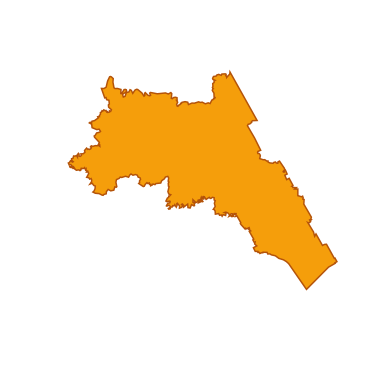 the district of Stratford District, Manawatu-Wanganui, New Zealand, rotated 241°
{"feature_id": "76426892B63659956028788", "entity_name": "Stratford District", "entity_type": "district", "adm_level": 2, "iso_a3": "NZL", "parent_name": "New Zealand", "parent_adm1": "Manawatu-Wanganui", "projection": "albers", "projection_center": [174.669, -39.151], "detail": "fine", "context": "isolated", "style": "filled", "palette": "amber", "viewbox_px": 384, "rotation_deg": 241, "n_neighbors": 0, "source": "geoboundaries", "source_scale": "gbopen_adm2", "svg_char_len": 6140}
<svg xmlns="http://www.w3.org/2000/svg" viewBox="0 0 384 384"><g transform="rotate(241 192 192)"><path d="M51.3,244.9L60.1,275.0L60.2,282.7L60.8,282.7L60.8,285.0L64.9,285.0L64.9,284.3L81.1,284.3L81.9,282.5L82.0,280.2L95.2,280.1L93.8,277.8L98.2,278.9L109.1,278.5L108.3,279.1L108.5,281.2L109.3,281.9L109.6,281.3L110.6,281.4L110.2,283.0L110.7,282.8L112.1,284.2L127.2,283.9L131.1,286.4L132.1,285.5L133.0,286.4L134.7,286.7L134.7,285.5L137.5,282.8L143.3,286.0L144.8,283.3L145.3,285.3L147.0,282.4L148.1,282.7L148.6,282.2L148.8,283.5L156.9,283.6L156.9,280.8L161.7,281.3L161.6,283.9L165.8,284.3L165.6,282.9L164.7,282.2L165.2,281.6L165.8,281.7L166.4,283.8L167.9,284.3L176.6,283.5L176.7,281.9L175.6,281.0L176.3,279.9L177.8,279.5L178.2,277.9L177.8,276.8L179.7,274.2L181.2,273.1L182.3,273.5L182.8,272.4L185.0,271.3L185.7,269.9L188.4,267.4L190.5,269.3L191.9,269.6L193.2,269.3L193.8,268.3L194.9,268.6L195.5,269.3L195.2,272.3L208.9,272.9L223.1,272.6L224.0,274.0L223.5,275.6L224.0,278.0L224.7,278.2L225.0,279.5L223.0,283.6L278.5,283.4L276.9,282.3L275.4,277.9L276.6,278.5L277.4,277.8L278.4,278.9L279.2,278.4L280.7,275.3L279.9,274.1L281.9,272.4L282.3,270.5L281.7,269.2L282.6,266.8L281.4,265.1L280.3,264.9L278.5,266.3L278.5,265.2L277.1,264.5L276.8,262.7L274.2,261.5L273.5,260.5L272.1,260.7L272.2,260.2L271.0,259.0L267.8,259.1L264.6,257.5L263.4,258.0L262.8,257.0L263.4,256.5L262.6,255.1L262.8,254.0L260.6,250.7L262.1,249.4L262.7,246.4L265.7,244.4L266.0,243.1L267.7,241.4L268.5,237.2L269.8,235.1L270.2,231.3L272.6,231.8L274.4,229.7L275.3,226.6L274.6,225.7L275.1,225.1L274.3,224.1L274.4,222.6L273.8,221.2L274.3,220.7L276.2,221.1L277.5,223.0L279.6,222.9L279.3,223.4L281.8,224.6L283.0,223.3L283.6,221.4L283.1,220.2L283.9,219.3L287.9,222.0L289.2,221.7L289.2,218.8L291.5,216.8L294.7,209.3L299.2,203.9L299.0,202.9L296.7,202.7L296.6,201.7L297.9,200.4L301.6,199.3L301.3,198.4L299.3,197.5L299.1,196.5L302.9,196.2L308.0,194.2L308.7,193.3L308.8,191.6L307.0,188.0L310.3,188.2L311.5,187.4L310.1,185.3L310.8,182.8L308.1,179.8L308.4,178.0L311.1,178.6L311.5,182.9L312.1,183.8L313.3,184.1L314.1,183.4L314.5,182.2L312.2,178.3L312.7,177.5L316.1,179.6L318.7,177.0L319.8,174.8L321.0,174.3L326.4,176.1L329.4,178.1L331.8,177.3L332.6,176.6L332.7,175.8L330.0,172.0L325.3,167.7L325.2,165.2L326.5,163.0L316.6,161.3L316.3,162.6L314.1,162.1L312.5,163.8L309.1,162.4L308.7,161.1L306.6,160.2L303.0,161.4L302.0,160.0L303.0,159.2L301.9,158.6L302.5,156.7L303.0,156.3L303.9,157.3L303.6,156.3L305.0,156.3L305.0,155.6L306.6,154.7L306.0,153.2L306.7,152.7L305.8,151.5L305.9,150.4L304.4,149.6L303.6,147.8L302.8,147.6L303.5,146.0L302.2,145.9L301.7,141.3L302.4,138.8L300.7,137.2L302.4,136.7L302.2,135.7L299.9,137.1L296.7,135.8L292.7,139.0L292.0,141.2L289.4,141.4L289.1,140.2L289.9,137.2L288.4,134.6L288.4,133.6L287.2,133.3L280.3,135.0L279.0,133.3L278.3,134.2L276.6,133.5L278.6,132.5L278.4,131.4L279.4,130.0L280.0,127.4L281.2,126.3L280.7,125.1L279.6,125.5L278.9,124.5L278.9,123.0L279.7,122.4L279.8,121.5L281.5,121.1L280.4,118.1L278.6,117.6L278.2,115.4L279.2,113.3L277.6,113.0L277.3,111.6L278.0,110.6L280.0,111.6L280.9,111.4L280.1,109.7L278.1,108.7L279.9,108.6L280.1,107.1L280.9,105.9L279.2,104.3L279.5,102.8L278.0,102.1L276.1,102.8L276.1,101.9L278.2,100.9L277.2,98.9L277.3,97.9L275.1,97.7L274.8,99.3L273.2,99.7L272.8,98.3L273.4,97.4L273.0,97.3L271.9,98.1L271.7,100.6L270.4,100.7L271.3,99.7L270.4,99.3L269.9,100.2L267.1,101.4L266.2,103.8L265.1,104.3L264.9,105.1L265.9,105.8L265.7,106.6L266.3,106.8L265.1,108.6L265.4,109.9L263.1,109.6L263.5,110.5L262.0,109.8L261.0,110.7L260.5,109.6L260.0,110.8L258.2,110.6L255.9,107.0L254.6,108.6L252.8,108.8L252.7,110.3L251.1,110.1L249.6,109.0L248.4,106.6L248.1,108.9L245.3,109.3L244.1,110.3L241.9,108.8L240.4,106.9L240.0,105.3L237.8,106.8L235.6,110.0L232.9,111.8L232.2,112.7L232.6,113.9L232.0,116.1L233.8,117.3L234.9,119.9L232.4,121.5L231.5,124.5L233.9,127.0L232.9,128.0L233.1,128.8L237.5,130.2L239.5,132.0L239.2,134.8L239.8,136.4L238.8,137.6L238.0,141.5L235.7,143.7L237.2,146.2L237.3,147.4L235.3,148.5L234.7,151.0L233.2,152.3L231.1,152.1L229.7,153.4L228.1,153.2L227.1,151.4L225.8,150.9L225.3,149.5L220.4,152.0L220.2,153.1L221.3,154.7L222.0,157.1L220.8,157.5L220.7,159.0L219.2,158.5L218.8,159.6L217.5,158.9L217.4,160.7L217.9,161.7L216.4,163.2L216.9,164.5L215.0,169.0L216.6,171.0L216.9,174.2L218.0,176.0L217.4,178.4L215.6,178.4L213.0,176.4L211.9,176.6L211.2,175.5L208.5,174.2L207.8,174.5L204.0,171.1L201.5,170.7L199.9,172.1L199.3,170.3L199.7,169.7L198.7,168.9L198.6,167.5L196.7,164.8L195.8,165.3L194.9,168.1L194.4,168.3L193.3,167.3L193.9,165.4L192.3,162.9L191.8,163.2L191.6,165.5L190.2,165.9L189.1,165.6L189.0,163.3L188.2,163.4L187.9,164.7L189.1,166.2L188.5,167.5L189.4,168.5L188.6,169.5L189.3,170.8L186.4,170.9L187.6,172.5L189.1,172.9L189.3,173.7L185.9,174.4L184.0,173.2L183.6,175.4L184.5,177.2L186.2,176.8L186.2,177.8L184.4,178.2L182.8,177.3L183.5,182.3L180.3,180.9L178.9,182.6L181.2,185.5L178.9,187.0L178.9,187.6L180.4,188.2L180.9,189.2L182.4,187.8L184.8,189.1L180.9,190.3L180.6,192.4L181.9,193.4L181.5,195.0L179.4,192.5L179.2,194.9L180.8,195.5L180.0,196.3L178.5,196.3L178.4,196.9L182.2,196.8L182.9,197.6L181.5,197.5L180.2,198.8L181.0,199.4L182.4,198.9L182.6,199.6L181.9,200.5L178.7,200.7L179.0,204.5L177.6,204.8L177.2,205.6L177.5,207.2L176.3,208.6L174.3,207.5L173.2,208.1L171.3,206.1L168.1,205.3L166.5,202.2L165.9,202.9L164.2,203.0L161.3,201.7L160.2,204.9L158.3,204.8L157.6,206.6L156.2,206.6L157.1,208.3L155.2,210.0L157.0,211.6L158.3,210.5L158.0,211.8L156.5,213.1L153.7,213.9L152.8,212.6L152.8,214.0L154.1,215.7L153.2,217.0L151.9,216.2L152.0,214.4L151.2,214.8L150.5,216.8L151.8,216.9L151.9,218.3L152.6,218.6L151.7,220.1L151.3,219.8L151.5,219.1L150.0,219.3L149.5,218.5L149.3,219.7L141.6,219.8L141.0,219.0L139.6,219.1L133.8,220.5L134.3,221.4L133.3,221.9L133.2,224.7L131.9,224.4L132.1,223.5L129.6,224.4L129.8,223.0L120.8,223.1L120.6,222.0L117.6,222.0L117.6,222.9L116.1,221.6L113.5,222.5L113.5,218.7L109.4,218.5L108.0,220.9L107.2,220.4L106.4,221.6L105.3,221.6L105.0,224.3L104.5,224.5L104.8,225.1L102.8,228.4L101.1,228.2L100.0,230.2L98.6,230.9L95.8,234.0L91.8,235.8L88.4,239.1L85.4,240.8L82.5,241.8L51.3,244.9Z" fill="#f59e0b" stroke="#b45309" stroke-width="1.5"/></g></svg>